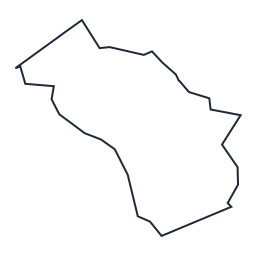 outline of Oconee, Georgia, United States of America
{"feature_id": "52423323B77419702079758", "entity_name": "Oconee", "entity_type": "district", "adm_level": 2, "iso_a3": "USA", "parent_name": "United States of America", "parent_adm1": "Georgia", "projection": "equal_earth", "projection_center": [-83.449, 33.832], "detail": "fine", "context": "isolated", "style": "outline", "palette": "slate", "viewbox_px": 256, "rotation_deg": 0, "n_neighbors": 0, "source": "geoboundaries", "source_scale": "gbopen_adm2", "svg_char_len": 506}
<svg xmlns="http://www.w3.org/2000/svg" viewBox="0 0 256 256"><path d="M101.0,139.5L114.8,149.3L127.7,174.7L137.8,216.3L150.0,221.6L161.6,235.9L231.3,206.8L227.7,203.0L238.0,184.7L237.6,167.2L222.0,144.6L240.6,115.2L210.6,109.5L209.3,98.3L189.0,92.1L179.4,80.9L178.8,80.7L175.9,74.5L162.2,62.4L152.0,51.4L143.8,54.9L109.7,47.1L99.6,48.1L81.9,20.1L64.1,32.8L61.7,34.6L15.4,68.2L20.3,66.5L25.3,83.8L53.8,86.2L51.6,99.3L59.3,114.3L84.7,133.2L101.0,139.5Z" fill="none" stroke="#1e293b" stroke-width="2"/></svg>